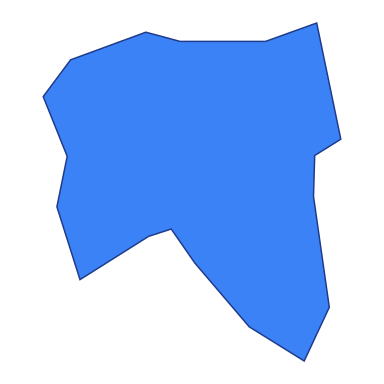 map outline of Saint Paul (Equal Earth projection)
{"feature_id": "ATG-5096", "entity_name": "Saint Paul", "entity_type": "Parish", "adm_level": 1, "iso_a3": "ATG", "parent_name": "Antigua and Barbuda", "parent_adm1": "", "projection": "equal_earth", "projection_center": [-61.766, 17.027], "detail": "fine", "context": "isolated", "style": "filled", "palette": "blue", "viewbox_px": 384, "rotation_deg": 0, "n_neighbors": 0, "source": "natural_earth", "source_scale": "10m", "svg_char_len": 349}
<svg xmlns="http://www.w3.org/2000/svg" viewBox="0 0 384 384"><path d="M340.8,139.2L314.7,155.5L313.5,196.4L329.3,307.3L304.2,361.0L249.3,326.9L194.9,263.1L171.2,229.0L148.5,236.4L80.0,279.6L56.9,206.8L67.2,156.3L43.2,96.6L70.6,59.8L145.8,32.2L180.0,41.4L265.5,41.4L316.7,23.0L340.8,139.2Z" fill="#3b82f6" stroke="#1e3a8a" stroke-width="1.5"/></svg>